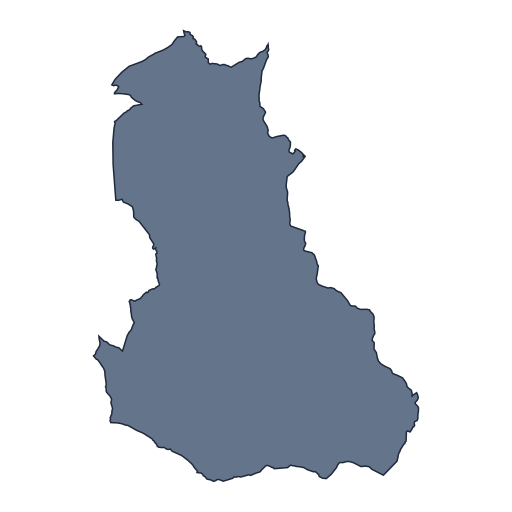 the district of Tomesti, Timis, Romania
{"feature_id": "2599482B57417690654468", "entity_name": "Tomesti", "entity_type": "district", "adm_level": 2, "iso_a3": "ROU", "parent_name": "Romania", "parent_adm1": "Timis", "projection": "mercator", "projection_center": [22.341, 45.744], "detail": "fine", "context": "isolated", "style": "filled", "palette": "slate", "viewbox_px": 512, "rotation_deg": 0, "n_neighbors": 0, "source": "geoboundaries", "source_scale": "gbopen_adm2", "svg_char_len": 6009}
<svg xmlns="http://www.w3.org/2000/svg" viewBox="0 0 512 512"><path d="M397.0,461.2L398.1,456.6L398.1,455.3L399.0,452.9L400.1,451.1L400.3,449.9L403.8,444.2L404.8,443.6L405.0,442.2L406.0,441.4L406.4,433.9L406.2,432.7L406.9,431.2L408.1,431.1L409.6,431.9L410.5,431.7L411.0,430.3L411.7,429.7L412.7,427.2L413.9,426.8L414.1,425.8L414.7,425.2L414.2,423.6L414.6,421.8L415.1,421.3L417.1,420.6L417.8,418.8L418.0,413.3L418.4,411.9L418.5,408.0L417.9,406.5L415.4,403.8L415.2,403.3L415.2,402.5L417.3,400.1L418.1,398.4L418.2,397.2L417.4,394.3L416.6,392.7L414.3,394.2L412.1,396.0L412.1,393.6L411.6,391.1L411.0,389.9L408.3,388.0L407.1,386.4L406.7,385.5L406.6,384.1L405.4,381.8L402.5,377.8L397.5,375.4L392.9,373.6L392.1,372.6L391.6,370.6L390.0,368.6L386.1,366.9L382.2,364.7L380.8,363.7L378.5,361.1L377.2,357.4L376.4,352.7L374.0,349.0L374.2,342.9L373.8,342.1L372.1,340.5L372.5,338.3L373.6,335.4L374.8,333.7L374.8,332.1L374.1,328.6L374.3,325.3L373.8,321.9L374.1,317.3L373.5,315.3L372.8,313.9L370.4,311.5L369.6,309.9L366.7,309.3L360.4,309.4L357.2,308.1L355.4,306.1L351.6,305.9L350.2,305.3L347.7,300.9L340.9,292.6L337.6,291.3L335.7,290.1L334.3,288.7L333.3,288.3L330.6,287.6L327.9,288.0L322.5,286.2L318.8,284.6L317.2,282.8L316.2,278.5L317.1,274.5L318.3,265.8L317.0,263.8L316.9,262.1L314.4,255.0L311.9,252.7L304.7,250.9L303.9,250.4L303.7,249.9L303.8,248.1L305.1,245.7L305.7,243.2L304.5,241.3L304.3,238.8L304.6,235.2L305.4,232.4L305.4,231.3L291.5,226.3L290.3,225.5L289.8,223.4L290.2,219.5L289.7,216.9L289.6,212.9L288.9,208.0L288.0,204.7L287.8,202.4L287.1,200.3L287.6,193.5L287.5,191.6L286.2,187.4L286.2,184.8L287.1,177.3L287.2,176.7L287.8,176.0L293.0,172.0L293.8,171.0L298.7,163.8L301.7,161.1L305.2,156.3L304.5,155.7L304.2,156.0L304.3,156.4L303.4,156.7L302.9,156.0L304.0,155.2L301.4,152.4L298.3,150.0L295.8,148.9L294.6,150.3L295.2,151.2L293.0,153.9L289.3,152.1L289.0,151.2L289.2,149.2L289.7,148.4L290.3,146.0L290.5,142.1L288.5,139.7L287.7,137.7L286.6,137.1L285.5,135.7L283.7,135.2L277.3,136.4L272.1,138.0L269.6,136.6L269.1,136.0L267.7,133.3L267.7,132.2L268.2,130.4L267.2,126.7L263.4,120.5L263.0,118.9L263.1,117.6L264.5,114.4L265.3,113.1L265.5,112.0L263.3,108.6L260.0,106.4L259.8,102.9L259.0,100.0L259.2,98.6L259.0,96.0L259.1,93.6L259.8,89.9L259.8,88.8L260.4,84.8L261.1,81.8L261.3,77.1L262.1,70.6L263.2,69.0L266.5,59.8L268.3,56.9L268.0,54.7L267.0,52.4L268.3,50.8L268.7,49.3L268.3,48.0L268.3,45.5L268.1,44.3L267.7,45.3L266.9,45.7L266.5,47.3L265.2,49.6L262.4,51.6L260.7,52.0L259.5,52.7L257.8,54.5L256.1,57.0L252.9,58.5L250.3,58.8L248.0,58.2L245.7,58.6L242.2,61.5L239.3,62.2L231.2,67.2L230.4,67.1L228.0,65.7L225.7,65.2L224.9,64.6L223.0,64.5L220.0,65.5L217.2,64.0L211.9,63.4L210.3,64.2L208.3,62.8L208.3,59.0L205.3,57.1L205.2,56.1L205.8,54.8L205.7,54.1L203.3,51.8L202.1,50.2L201.8,49.6L201.5,46.5L200.8,45.8L199.8,46.2L198.9,46.0L198.0,45.5L197.5,44.6L196.1,44.0L196.5,42.8L196.5,41.6L194.7,39.1L193.0,38.5L193.4,36.9L192.4,35.6L190.2,34.4L190.0,32.5L188.6,31.8L186.1,31.8L183.6,30.7L184.3,34.0L185.0,35.0L184.7,35.8L183.9,36.5L177.6,36.9L173.7,41.7L172.1,44.4L167.9,47.4L163.1,50.1L154.5,53.5L154.1,54.0L148.9,56.7L145.6,59.5L142.0,61.5L129.1,66.3L121.6,72.4L115.1,79.4L111.8,84.9L113.8,85.7L115.3,85.2L116.7,85.3L118.7,86.7L117.1,89.9L114.6,92.5L114.5,93.8L118.4,93.5L122.4,93.7L128.9,94.6L130.3,95.3L131.6,97.5L135.0,100.3L137.7,101.8L140.1,102.4L141.9,104.3L133.7,105.8L130.4,108.4L129.8,109.7L127.3,110.8L126.3,111.9L124.1,113.0L115.9,120.9L114.9,121.2L114.5,121.9L115.1,122.8L115.0,123.9L114.1,127.6L112.8,142.3L113.1,164.4L115.8,200.2L118.5,200.3L122.1,199.3L122.8,201.1L123.6,202.2L127.7,203.8L132.0,206.5L132.7,207.6L133.6,211.5L133.7,216.2L134.1,217.7L136.2,219.6L139.0,221.3L149.5,234.8L149.6,236.8L150.0,238.1L153.7,243.8L153.7,244.9L152.7,247.2L152.6,248.1L153.5,249.1L155.7,248.0L155.4,249.0L156.8,251.5L157.0,253.0L155.8,254.0L156.1,256.3L156.6,257.6L156.4,261.1L157.0,262.8L157.1,264.8L156.6,265.8L156.6,267.3L155.8,269.4L157.2,273.7L157.1,277.6L157.4,277.5L158.3,280.5L158.2,281.0L159.5,284.4L159.2,285.2L156.7,287.0L156.0,287.2L154.6,288.8L152.6,288.9L150.3,289.8L148.9,290.6L147.6,292.7L146.3,292.2L143.1,295.0L142.2,296.5L141.2,297.3L140.7,298.3L140.0,298.7L136.5,300.1L135.0,301.2L131.0,299.7L130.1,300.0L130.0,300.6L129.2,301.4L130.0,303.6L130.0,304.6L130.5,305.6L130.4,307.2L130.8,308.2L130.8,311.4L131.4,314.2L131.5,316.0L132.3,319.0L134.4,322.8L133.3,324.2L131.3,329.6L130.6,330.7L129.3,331.9L127.2,335.6L122.5,351.1L118.6,347.6L117.2,347.5L115.3,346.9L114.0,346.0L109.7,344.8L106.8,342.0L104.0,341.1L98.9,336.2L99.1,338.6L100.0,343.0L99.8,345.4L97.6,349.3L96.2,351.3L95.4,354.2L93.5,355.9L96.3,359.2L97.6,359.7L99.7,362.3L101.4,365.2L103.5,368.0L104.8,371.3L105.0,375.3L106.1,382.9L106.2,385.4L105.5,386.6L106.1,388.3L106.2,391.2L106.6,392.2L110.1,396.2L111.3,398.6L111.6,399.7L110.9,402.7L112.6,408.6L112.0,410.5L111.8,414.0L110.6,416.6L110.2,418.2L110.5,419.2L110.0,420.8L110.6,421.8L110.7,422.6L117.4,422.9L122.2,423.8L125.1,425.0L127.8,425.4L136.7,430.4L142.9,433.0L151.9,438.7L152.8,440.1L154.1,441.0L154.5,442.0L156.7,444.6L157.3,446.3L158.6,447.2L162.0,447.6L164.1,447.4L166.5,449.1L168.3,449.5L170.3,449.0L171.6,450.7L172.5,451.4L181.6,455.5L187.9,460.3L191.3,463.4L192.8,465.1L194.6,467.9L197.5,471.2L196.9,472.2L197.0,472.6L201.1,473.0L202.6,474.3L203.4,475.8L205.0,476.6L206.8,479.0L210.9,480.0L213.5,481.3L215.9,480.6L216.5,479.8L218.2,479.5L219.6,479.7L223.2,481.2L232.7,478.3L234.1,476.9L236.3,477.1L238.0,476.5L240.8,477.0L248.9,474.8L250.6,475.4L256.0,473.1L259.4,472.1L260.4,471.5L261.7,469.8L265.8,465.8L266.8,465.4L269.0,465.9L272.2,467.5L273.3,467.5L274.1,468.7L287.6,467.6L290.4,465.2L293.0,465.8L294.6,465.8L295.7,466.4L300.1,466.8L304.1,467.7L307.4,469.7L313.2,471.7L315.5,471.7L318.7,474.7L319.2,476.4L319.7,476.8L322.5,478.2L326.3,478.6L331.5,474.0L336.5,467.6L337.2,465.7L339.1,463.0L339.9,462.6L343.1,462.6L346.4,461.6L348.1,461.5L349.7,461.6L353.4,462.7L361.1,466.6L365.3,466.1L369.1,466.7L371.9,469.3L383.4,475.2L397.0,461.2Z" fill="#64748b" stroke="#1e293b" stroke-width="1.5"/></svg>